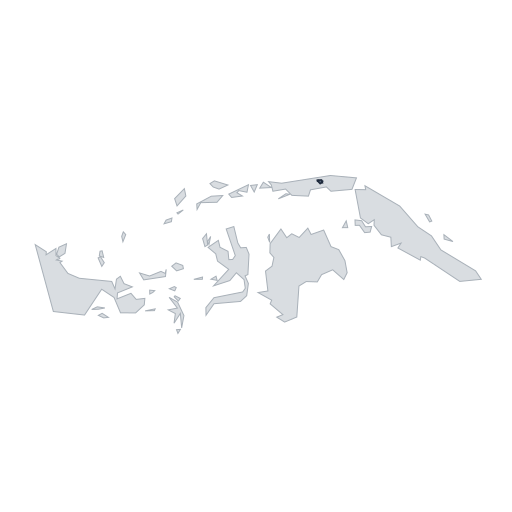 location of Banyumas, Jawa Tengah, Indonesia, rotated 164°
{"feature_id": "22746128B18933963724988", "entity_name": "Banyumas", "entity_type": "district", "adm_level": 2, "iso_a3": "IDN", "parent_name": "Indonesia", "parent_adm1": "Jawa Tengah", "projection": "natural_earth1", "projection_center": [109.207, -7.455], "detail": "fine", "context": "in_parent", "style": "filled", "palette": "slate", "viewbox_px": 512, "rotation_deg": 164, "n_neighbors": 0, "source": "geoboundaries", "source_scale": "gbopen_adm2", "svg_char_len": 5170}
<svg xmlns="http://www.w3.org/2000/svg" viewBox="0 0 512 512"><g transform="rotate(164 256 256)"><path d="M178.1,209.2L186.1,221.6L198.1,220.0L204.2,214.2L214.8,217.6L223.0,215.3L233.6,186.1L246.7,184.6L252.9,191.5L246.3,192.2L255.6,206.1L253.1,209.2L264.1,220.3L254.2,219.1L251.0,238.9L243.4,241.8L239.2,249.7L241.8,255.2L239.0,264.0L224.6,275.1L221.4,265.1L215.5,267.5L209.4,261.9L198.5,268.5L197.1,261.5L183.8,262.3L181.3,244.3L174.7,239.3L171.8,227.0L173.0,214.8L178.1,209.2ZM45.9,171.5L67.1,175.4L94.4,207.5L97.7,210.0L99.2,206.7L117.4,224.6L113.0,228.4L123.3,227.7L121.2,236.9L129.6,241.8L134.1,253.0L132.3,258.3L139.2,256.1L145.1,263.8L142.4,292.6L132.3,289.5L131.9,293.5L104.1,264.4L92.4,239.5L81.8,227.0L76.6,210.9L49.0,181.2L45.9,171.5ZM466.1,258.5L465.1,327.8L456.4,317.9L457.5,315.0L446.2,318.4L448.2,311.5L445.1,307.9L446.2,307.3L448.0,307.6L449.1,307.2L443.8,304.5L446.3,303.7L441.6,291.1L432.0,283.3L401.7,271.3L400.6,263.2L396.5,272.2L392.0,273.9L390.5,265.8L383.4,260.4L399.3,258.7L401.4,253.1L386.5,254.6L383.1,247.3L374.5,245.9L376.9,239.8L387.4,234.5L401.9,238.7L403.9,255.3L413.5,266.6L437.1,246.5L466.1,258.5ZM318.4,220.2L307.9,227.5L278.7,225.1L275.2,227.9L274.0,236.6L279.5,245.3L287.9,239.6L305.0,239.0L285.9,250.7L294.4,261.7L294.1,269.2L299.7,277.5L287.9,281.4L288.2,274.3L281.6,268.2L283.1,260.0L279.4,259.1L275.8,262.1L277.2,290.2L269.2,290.4L269.9,273.6L268.5,268.1L263.0,266.9L262.2,259.7L268.9,240.4L272.0,239.9L270.9,231.7L275.9,220.4L283.4,216.6L309.5,221.7L320.4,212.8L318.4,220.2ZM145.4,293.6L166.1,297.6L169.3,303.0L185.4,304.6L189.1,299.1L204.8,304.4L209.1,312.2L221.9,313.6L221.7,320.2L223.4,324.0L211.3,318.9L162.4,312.9L137.9,303.4L145.4,293.6ZM344.5,221.7L353.3,214.0L349.4,222.9L355.2,228.4L345.9,227.6L350.9,240.2L344.1,233.3L341.7,218.6L347.3,207.4L344.5,221.7ZM348.7,261.2L370.5,264.0L372.6,271.8L363.8,266.1L351.6,267.4L348.1,264.3L346.0,267.9L348.7,261.2ZM298.6,322.4L282.5,325.8L271.3,323.3L278.7,318.4L294.4,322.5L299.8,317.0L298.6,322.4ZM252.5,317.4L263.3,319.0L265.1,323.0L243.6,326.6L247.1,319.8L254.5,323.6L256.9,322.1L252.5,317.4ZM318.1,325.9L318.4,333.6L306.3,340.5L306.9,333.0L318.1,325.9ZM145.1,248.5L148.1,257.0L152.2,258.1L150.9,263.4L144.7,260.8L142.7,253.9L136.7,252.5L139.7,247.5L145.1,248.5ZM443.0,318.8L434.8,320.0L438.9,311.2L445.3,309.4L447.2,312.6L443.0,318.8ZM273.1,330.5L278.1,334.1L280.3,338.3L275.3,339.7L263.5,332.0L273.1,330.5ZM336.4,263.6L339.8,269.4L334.8,271.4L329.0,267.1L329.3,263.8L336.4,263.6ZM222.4,317.6L233.7,320.2L228.6,324.9L222.4,317.6ZM240.1,318.0L241.8,325.3L235.1,324.2L240.1,318.0ZM165.1,259.4L159.6,264.9L160.0,258.0L165.1,259.4ZM407.1,288.5L408.3,297.7L405.7,298.1L403.7,291.4L407.1,288.5ZM218.8,304.8L210.1,307.6L206.5,306.0L218.8,304.8ZM302.5,279.1L302.5,287.5L297.5,291.0L299.5,279.9L302.5,279.1ZM62.7,215.6L70.5,220.4L69.5,224.7L62.7,215.6ZM81.9,249.6L78.8,247.9L77.4,241.1L79.7,240.9L81.9,249.6ZM376.9,315.8L375.3,312.5L380.0,306.4L379.7,311.9L376.9,315.8ZM368.7,231.5L377.7,233.8L367.5,233.0L368.7,231.5ZM314.0,248.4L322.2,250.7L313.2,250.5L314.0,248.4ZM298.6,283.2L294.2,287.3L298.1,279.9L298.6,283.2ZM414.8,237.7L419.5,238.5L423.9,242.4L419.7,243.3L414.8,237.7ZM335.5,312.3L332.5,315.3L326.3,315.7L327.9,312.3L335.5,312.3ZM406.6,299.3L404.6,303.6L402.5,303.4L402.8,296.6L406.6,299.3ZM348.3,248.4L342.9,249.1L341.4,247.6L343.7,244.9L348.3,248.4ZM415.6,247.7L422.3,248.3L428.7,249.9L422.6,250.9L415.6,247.7ZM300.1,243.3L305.7,246.1L300.0,247.6L300.1,243.3ZM352.7,207.1L348.9,206.3L352.4,203.1L352.7,207.1ZM313.2,320.3L319.4,317.8L320.1,319.3L313.2,320.3ZM368.6,248.7L367.6,252.5L362.9,250.6L365.3,249.4L368.6,248.7ZM239.5,270.8L237.1,273.4L239.1,265.3L239.5,270.8ZM343.0,234.1L345.9,239.3L344.8,240.1L340.5,236.1L343.0,234.1Z" fill="#d9dde1" stroke="#a8b0b8" stroke-width="1"/><path d="M175.6,310.4L175.4,310.3L175.4,310.5L175.4,310.4L175.2,310.3L175.2,310.2L175.3,310.2L175.4,309.9L175.4,310.0L175.3,309.9L175.3,309.7L175.2,309.7L175.1,309.4L175.1,309.2L174.9,308.9L174.8,308.7L174.7,308.5L174.7,308.4L174.6,308.2L174.5,307.9L174.3,307.8L174.1,307.8L173.9,308.0L173.7,308.1L173.4,308.1L173.5,308.2L173.4,308.2L173.3,308.3L173.2,308.4L173.3,308.4L173.2,308.4L173.0,308.5L172.9,308.7L172.9,308.8L172.7,308.8L172.6,308.7L172.4,308.8L172.2,308.8L172.1,308.7L172.1,308.8L172.1,308.7L172.1,308.8L172.0,308.7L172.0,308.8L172.0,308.7L172.0,308.8L171.9,308.9L172.0,308.9L171.9,308.9L171.9,309.0L171.8,309.3L171.7,309.3L171.7,309.5L171.7,309.8L171.4,309.9L171.4,310.0L171.4,310.3L171.4,310.2L171.5,310.2L171.8,310.1L172.0,310.2L172.0,310.3L171.9,310.4L171.9,310.5L172.0,310.5L172.1,310.8L172.3,310.8L172.3,311.0L172.5,311.0L172.8,311.2L172.8,311.3L173.0,311.3L173.3,311.3L173.5,311.3L173.8,311.4L173.9,311.2L174.1,311.1L174.3,311.2L174.5,311.4L174.6,311.5L174.8,311.5L174.7,311.7L174.7,311.8L174.8,311.8L175.0,311.8L175.3,311.9L175.4,312.0L175.5,312.0L175.8,312.2L175.8,312.3L175.8,312.2L176.0,312.1L176.2,311.9L176.2,312.0L176.3,312.0L176.3,311.9L176.3,311.7L176.2,311.6L176.2,311.4L176.1,311.2L176.3,311.1L176.3,310.9L176.2,310.9L176.0,311.0L176.0,310.9L175.9,310.9L175.7,310.8L175.7,310.7L175.6,310.4L175.6,310.4Z" fill="#64748b" stroke="#1e293b" stroke-width="1.5"/></g></svg>